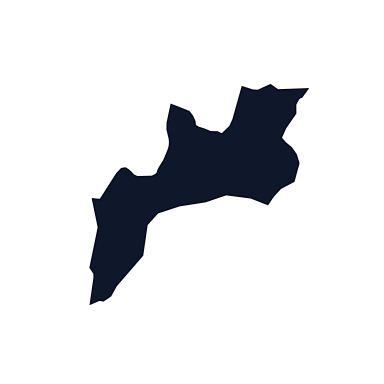 the border of Litija, rotated 302°
{"feature_id": "SVN-961", "entity_name": "Litija", "entity_type": "Municipality", "adm_level": 1, "iso_a3": "SVN", "parent_name": "Slovenia", "parent_adm1": "", "projection": "natural_earth1", "projection_center": [14.944, 46.051], "detail": "fine", "context": "isolated", "style": "filled", "palette": "ink", "viewbox_px": 384, "rotation_deg": 302, "n_neighbors": 0, "source": "natural_earth", "source_scale": "10m", "svg_char_len": 1015}
<svg xmlns="http://www.w3.org/2000/svg" viewBox="0 0 384 384"><g transform="rotate(302 192 192)"><path d="M133.5,111.3L136.8,118.2L168.1,118.5L174.5,119.9L177.0,122.8L177.1,125.7L176.4,130.0L175.4,133.1L175.9,137.6L184.0,149.8L187.4,151.9L189.8,152.5L192.2,151.8L195.1,151.4L204.1,151.4L216.1,149.4L219.4,148.3L222.4,146.7L225.0,144.8L231.9,137.8L237.6,134.4L255.1,128.0L258.6,146.8L256.6,152.1L253.5,156.8L250.1,159.6L250.3,163.4L251.7,168.8L252.8,175.7L256.4,181.8L256.9,186.7L267.6,189.4L274.9,188.5L307.8,178.9L310.5,189.4L312.9,194.0L324.5,201.7L324.0,210.7L340.8,235.5L330.6,234.8L329.1,233.4L326.8,233.0L321.0,233.5L313.6,238.2L295.6,237.4L285.1,238.9L283.2,245.2L282.2,252.8L278.9,260.5L273.0,267.3L255.1,272.7L242.1,265.2L231.8,263.2L221.6,262.8L218.3,245.1L207.9,222.3L191.0,208.5L173.6,188.4L156.2,173.9L140.4,171.1L112.1,183.6L72.3,177.4L60.7,178.0L52.7,174.4L51.3,170.8L43.2,165.2L67.0,154.7L70.9,152.3L73.9,145.7L112.4,131.4L133.5,111.3Z" fill="#0f172a" stroke="#020617" stroke-width="1.5"/></g></svg>